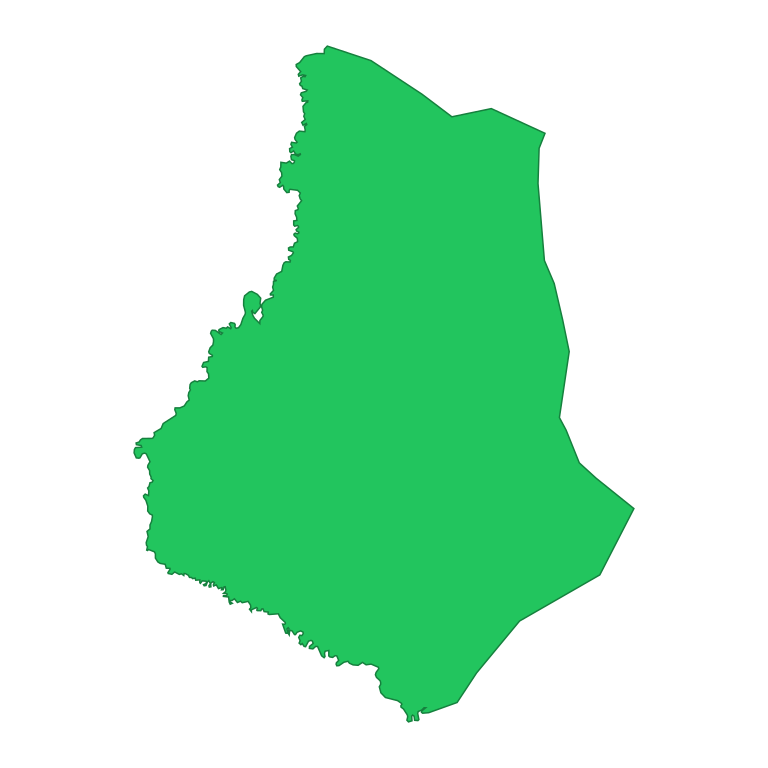 Zaamar, Töv, Mongolia (Mercator projection)
{"feature_id": "93677404B26609695466226", "entity_name": "Zaamar", "entity_type": "district", "adm_level": 2, "iso_a3": "MNG", "parent_name": "Mongolia", "parent_adm1": "Töv", "projection": "mercator", "projection_center": [104.498, 48.277], "detail": "fine", "context": "isolated", "style": "filled", "palette": "green", "viewbox_px": 768, "rotation_deg": 0, "n_neighbors": 0, "source": "geoboundaries", "source_scale": "gbopen_adm2", "svg_char_len": 6103}
<svg xmlns="http://www.w3.org/2000/svg" viewBox="0 0 768 768"><path d="M348.0,661.3L349.4,663.2L353.1,664.9L358.1,665.3L362.5,662.4L366.1,664.8L371.1,664.1L378.3,667.2L378.8,668.7L376.1,672.4L375.4,674.8L376.5,677.4L380.1,680.7L380.6,682.2L380.7,684.2L379.3,686.8L380.9,692.8L385.4,697.5L397.5,700.6L401.3,703.2L401.9,704.2L400.9,705.7L401.0,707.1L403.5,709.0L407.3,714.9L407.7,716.8L406.9,720.2L408.5,721.9L412.0,720.8L411.7,716.2L412.6,715.1L414.1,716.2L414.6,720.3L417.9,720.6L418.9,719.6L417.7,713.5L418.2,711.5L421.7,710.1L424.1,707.7L425.7,707.8L421.7,711.0L421.5,712.3L422.6,713.2L428.7,712.7L457.1,702.5L476.6,672.9L519.6,621.0L599.8,574.9L633.9,508.6L596.1,478.2L579.3,462.9L566.1,430.1L559.4,417.6L569.2,351.6L562.6,319.6L554.2,283.5L544.4,260.5L538.0,183.5L539.1,148.3L545.0,133.3L491.3,108.6L451.9,116.8L422.0,94.2L371.0,60.6L327.3,46.1L324.4,49.2L324.2,53.6L316.6,53.5L306.2,55.8L304.3,56.7L299.6,62.6L296.2,64.5L296.3,66.6L300.7,71.6L298.3,74.3L298.8,76.2L302.6,74.8L305.7,75.5L305.1,76.7L303.0,76.4L300.7,77.9L301.4,81.3L299.6,83.8L300.3,85.4L302.0,86.2L302.7,88.6L307.2,90.0L306.2,91.3L301.3,92.8L300.5,94.8L302.8,97.5L301.9,100.0L302.3,101.3L307.8,100.8L307.6,102.3L306.2,102.5L303.0,106.3L303.5,111.8L304.7,113.6L303.8,116.3L305.2,119.5L301.7,122.4L303.0,125.2L306.3,123.4L306.8,124.6L304.4,126.4L305.2,129.9L304.9,131.7L299.3,131.1L296.5,133.2L294.6,137.6L295.1,139.5L297.1,142.2L296.2,143.0L291.6,142.3L290.9,144.3L292.4,147.2L289.6,148.6L289.8,151.7L291.0,152.7L293.6,150.9L295.6,154.1L298.0,154.7L300.2,153.8L300.4,154.5L298.2,156.2L294.3,154.5L291.5,154.7L290.9,156.4L291.5,159.7L294.5,160.7L294.3,162.4L293.2,163.5L291.8,163.5L289.5,161.1L286.3,163.1L280.9,162.3L280.8,167.0L279.7,169.6L281.6,172.6L281.9,176.1L279.3,179.6L280.3,182.6L277.5,185.1L278.1,186.6L279.6,187.3L282.8,185.3L283.6,186.5L283.8,189.0L286.8,192.6L289.1,192.3L289.2,190.3L290.0,189.3L297.6,190.3L300.3,193.0L299.2,195.6L300.2,198.9L301.6,200.7L297.3,206.0L298.3,208.5L297.8,209.7L295.3,210.6L295.1,213.8L296.6,217.2L296.9,220.4L293.7,220.9L293.7,225.0L294.7,226.2L297.4,225.5L298.4,226.3L298.6,227.3L296.1,229.6L296.6,231.0L298.8,232.1L298.8,233.0L297.5,233.8L295.2,233.1L293.9,234.2L294.2,235.6L297.3,238.3L297.6,241.7L294.5,243.2L293.3,246.9L290.2,247.0L288.5,248.0L288.7,250.2L292.8,251.7L293.4,252.8L291.5,255.5L288.4,257.0L288.7,259.4L290.4,260.4L290.1,262.0L285.8,261.8L284.2,262.7L282.9,265.3L281.7,271.4L276.6,274.0L274.2,278.1L274.2,279.9L276.8,280.5L273.5,281.4L273.4,284.7L272.6,287.0L273.5,290.4L270.3,293.9L270.5,295.0L273.3,295.0L273.3,297.2L265.5,300.2L262.1,304.1L261.5,306.4L262.6,310.2L261.7,312.4L263.1,315.0L263.0,316.5L259.9,320.5L259.8,323.6L254.5,318.3L252.9,315.5L251.6,311.2L252.4,310.5L252.7,312.2L254.9,313.6L260.3,307.0L260.6,305.2L260.0,303.4L260.7,298.2L257.4,294.4L251.7,291.4L249.3,292.0L244.6,295.8L243.7,299.6L243.6,305.3L245.4,312.2L245.2,314.2L242.9,318.3L240.8,324.7L238.5,327.7L236.1,328.3L234.9,326.8L235.2,324.8L234.5,323.4L230.8,322.5L229.3,323.9L231.2,327.7L230.7,328.7L227.6,326.9L226.3,328.2L223.0,327.6L219.2,329.5L218.7,330.3L219.2,331.5L222.5,333.0L221.1,334.5L215.3,330.4L212.2,330.2L211.3,331.2L210.6,333.4L213.5,338.8L213.5,341.7L212.9,345.0L210.2,347.7L208.7,351.8L209.3,353.4L212.4,355.3L212.3,356.5L208.7,357.2L208.4,361.4L203.6,362.5L202.0,366.3L202.7,367.3L205.7,366.8L207.1,367.6L207.0,371.7L208.5,373.8L208.8,378.1L205.3,381.0L199.1,380.8L197.4,381.8L194.7,380.9L191.3,382.7L190.1,384.5L189.7,388.4L190.4,389.9L188.8,392.6L188.2,395.7L189.2,400.0L186.9,401.9L184.2,406.0L179.8,407.9L175.1,407.9L174.8,409.7L176.2,413.3L175.8,415.4L163.2,423.5L161.1,428.5L154.1,432.6L154.6,435.3L153.2,437.7L152.3,438.4L142.5,438.5L140.5,439.9L139.1,442.0L136.1,443.0L136.4,444.7L141.2,445.5L141.7,447.2L135.5,447.6L134.4,449.5L134.1,452.9L136.3,457.9L138.9,458.2L140.0,457.8L142.3,453.8L144.7,453.1L146.3,453.9L150.0,461.7L147.9,465.3L147.6,467.2L149.6,470.6L149.7,474.0L151.1,477.0L151.0,478.7L153.1,480.5L152.0,482.3L150.0,482.7L149.0,486.5L147.6,488.0L148.8,490.9L148.5,495.6L145.2,494.1L143.5,495.8L143.7,497.3L145.9,500.3L147.8,506.2L147.7,511.0L149.7,513.8L152.3,515.1L152.4,516.7L151.6,521.4L150.0,525.0L150.0,528.9L147.0,531.4L148.2,536.6L146.2,542.6L146.5,545.1L147.5,546.6L146.7,550.1L147.6,550.5L148.5,549.5L154.4,551.8L155.4,553.8L155.4,558.1L157.9,562.0L160.2,563.4L165.2,564.3L166.3,568.2L170.0,568.4L170.1,569.3L167.9,572.6L168.2,573.5L171.9,574.3L174.7,572.0L179.3,574.4L181.5,573.8L183.8,575.5L184.1,573.5L185.6,573.7L188.4,575.3L189.5,577.4L191.6,577.5L192.5,578.6L195.2,578.2L195.7,580.2L199.8,579.9L199.8,582.7L200.4,583.3L202.2,580.9L206.2,581.2L206.6,581.9L205.9,583.6L203.5,584.7L204.2,585.8L206.0,585.5L207.4,582.0L208.8,580.7L210.4,583.7L208.9,585.8L209.3,587.1L210.9,586.8L210.7,583.3L212.8,581.7L214.4,582.5L213.3,584.9L213.7,586.0L216.3,584.9L218.5,588.6L221.8,587.5L222.2,587.9L221.5,589.8L223.2,589.7L224.1,586.8L225.2,586.7L225.9,590.1L225.5,591.7L223.6,593.3L226.9,593.6L227.2,594.5L226.4,595.6L223.5,595.6L223.4,596.4L228.6,597.0L229.2,602.1L230.2,604.2L232.3,603.3L229.9,601.7L229.7,600.5L232.0,600.5L234.4,598.8L237.4,602.5L240.6,601.2L242.2,602.7L248.1,601.4L250.5,605.0L250.8,607.7L249.5,609.2L251.4,611.6L251.4,609.8L256.6,607.5L257.4,608.3L256.8,610.1L257.2,610.6L260.8,610.7L261.8,609.0L262.9,608.8L264.1,611.6L268.3,612.1L268.0,613.9L269.2,614.5L278.3,613.8L280.2,617.7L285.2,622.4L285.4,623.5L284.7,624.3L282.6,624.1L285.7,633.1L287.1,633.3L287.7,632.3L287.0,628.8L288.2,627.7L289.0,628.7L288.2,633.2L289.2,634.9L289.6,631.3L290.4,630.4L292.1,630.9L294.5,634.6L295.5,634.6L297.0,632.3L300.6,630.9L302.9,632.0L303.3,633.3L302.6,634.6L301.8,635.6L299.9,635.2L298.7,637.4L300.1,640.8L299.1,643.1L300.9,644.7L302.2,643.5L304.1,646.4L305.6,646.7L308.5,641.2L311.0,640.4L312.3,641.0L313.2,643.4L309.5,646.4L309.4,648.4L312.9,648.9L315.7,646.4L317.6,646.5L321.6,655.8L324.1,657.7L325.0,656.5L324.5,653.6L325.1,651.2L328.8,650.5L328.8,655.9L329.8,656.9L332.7,657.4L335.0,655.7L336.8,655.9L338.7,660.4L336.4,662.8L336.1,664.2L336.8,665.8L339.0,665.6L344.0,662.2L348.0,661.3Z" fill="#22c55e" stroke="#15803d" stroke-width="1.5"/></svg>